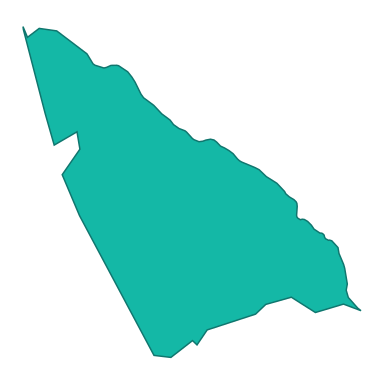 the district of Lincoln, Georgia, United States of America
{"feature_id": "52423323B92715083029415", "entity_name": "Lincoln", "entity_type": "district", "adm_level": 2, "iso_a3": "USA", "parent_name": "United States of America", "parent_adm1": "Georgia", "projection": "orthographic", "projection_center": [-82.396, 33.811], "detail": "fine", "context": "isolated", "style": "filled", "palette": "teal", "viewbox_px": 384, "rotation_deg": 0, "n_neighbors": 0, "source": "geoboundaries", "source_scale": "gbopen_adm2", "svg_char_len": 1238}
<svg xmlns="http://www.w3.org/2000/svg" viewBox="0 0 384 384"><path d="M87.0,53.9L56.7,30.9L39.2,28.4L27.5,37.3L23.0,26.6L23.4,29.6L45.2,113.6L54.2,145.1L77.0,131.8L79.9,149.2L62.2,174.7L79.5,215.6L154.0,355.4L170.9,357.4L192.5,340.6L197.0,344.9L207.2,329.9L255.6,314.1L265.8,304.4L291.3,297.2L315.4,312.5L343.5,304.1L361.0,310.7L357.7,308.1L348.3,297.5L346.2,290.2L347.3,284.0L344.7,268.3L343.6,264.4L339.0,253.5L338.0,247.6L331.8,240.8L329.6,240.1L328.5,240.3L325.5,238.7L324.6,237.2L324.1,235.1L323.2,234.1L321.9,233.2L319.8,233.0L314.0,229.1L311.4,225.2L307.6,221.4L304.4,219.5L302.3,219.2L300.3,219.7L297.7,218.1L296.8,216.7L296.6,215.3L297.2,206.4L296.9,203.4L296.1,201.8L294.0,199.7L289.2,196.8L285.7,193.7L284.6,191.5L276.9,183.3L266.3,176.6L259.1,169.7L255.2,167.7L241.6,162.0L239.4,160.7L237.5,159.0L233.1,153.7L229.0,150.6L224.6,148.0L220.5,146.1L216.7,142.1L214.0,140.0L210.5,139.2L205.8,140.1L202.9,141.2L199.0,141.7L194.0,139.7L192.4,138.5L186.5,132.0L185.0,130.8L179.0,128.5L173.5,124.6L170.1,120.1L161.8,113.9L153.7,105.3L143.6,97.8L141.0,94.2L135.1,82.2L131.9,77.1L127.7,71.8L118.6,65.7L116.8,65.3L111.0,65.4L106.5,67.4L103.9,68.0L94.9,65.2L93.0,63.8L87.0,53.9Z" fill="#14b8a6" stroke="#0f766e" stroke-width="1.5"/></svg>